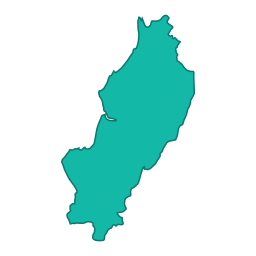 map outline of Manabi (Natural Earth projection)
{"feature_id": "ECU-1282", "entity_name": "Manabi", "entity_type": "Province", "adm_level": 1, "iso_a3": "ECU", "parent_name": "Ecuador", "parent_adm1": "", "projection": "natural_earth1", "projection_center": [-80.093, -0.733], "detail": "fine", "context": "isolated", "style": "filled", "palette": "teal", "viewbox_px": 256, "rotation_deg": 0, "n_neighbors": 0, "source": "natural_earth", "source_scale": "10m", "svg_char_len": 4814}
<svg xmlns="http://www.w3.org/2000/svg" viewBox="0 0 256 256"><path d="M70.3,223.9L68.8,219.5L67.6,217.7L67.2,216.4L67.0,214.9L67.4,213.7L70.5,211.2L70.1,208.8L70.1,205.9L70.9,205.1L72.0,204.0L73.0,203.6L74.5,203.7L74.9,202.3L74.8,200.9L75.0,198.9L75.5,197.2L75.1,194.8L75.4,193.4L77.0,192.5L76.8,190.0L74.2,185.8L69.0,178.6L64.7,169.9L62.9,164.7L61.7,161.8L62.3,159.7L63.4,158.4L64.6,157.2L65.7,155.8L66.4,154.8L67.1,153.8L68.2,152.4L69.3,151.0L69.5,150.1L70.5,149.6L71.7,150.1L73.0,150.1L74.2,149.2L75.3,148.7L76.7,149.0L77.7,148.5L78.8,148.1L78.6,149.0L80.2,149.9L81.5,150.0L82.6,148.9L83.2,148.6L83.9,147.6L84.8,147.3L85.7,148.7L86.4,148.9L88.1,149.1L90.2,148.2L92.1,146.2L94.1,143.8L95.4,137.4L95.7,135.5L96.9,128.9L98.5,123.9L100.5,119.2L101.6,116.3L102.0,115.7L102.8,115.1L104.0,114.9L105.1,114.4L105.3,117.1L106.5,119.1L108.9,120.3L111.2,120.7L115.9,120.8L115.9,119.6L113.5,118.8L110.8,118.1L109.0,118.1L107.8,117.0L106.8,114.2L105.7,111.8L104.5,111.2L103.8,110.1L103.7,107.7L102.8,104.9L102.5,101.9L101.2,98.7L99.6,96.5L98.6,92.2L99.5,90.8L101.3,90.6L104.2,88.0L106.9,83.2L107.8,81.4L108.0,80.0L108.8,77.8L109.6,76.1L111.5,75.4L112.6,73.3L113.8,71.1L115.4,72.7L117.3,71.6L119.4,69.8L121.8,67.7L127.1,61.1L131.2,54.9L132.7,52.8L133.3,50.8L133.5,49.5L133.9,49.1L134.5,48.9L136.4,48.2L137.7,44.4L138.4,41.0L138.9,35.6L138.8,33.2L138.1,28.8L137.9,21.2L138.7,18.5L138.8,17.6L139.0,17.2L139.9,17.7L140.3,18.2L140.7,19.0L141.1,20.5L141.7,20.5L141.9,19.2L142.2,18.4L144.5,24.6L145.6,26.5L146.2,26.8L146.8,27.0L147.5,27.1L148.0,27.1L148.4,27.0L148.7,26.9L149.3,26.4L149.6,26.0L150.0,25.6L150.3,25.2L150.5,24.9L150.8,24.0L151.3,22.8L151.5,21.7L151.6,21.4L151.7,21.2L151.9,21.1L152.1,21.0L152.4,21.0L155.4,21.1L156.8,21.1L158.5,20.7L159.6,20.2L160.1,19.9L161.1,19.1L162.9,16.8L163.4,16.4L163.9,16.0L164.9,15.5L165.6,15.4L166.1,15.4L166.6,15.6L167.0,15.8L167.9,16.6L168.6,17.5L168.8,17.8L168.9,18.0L168.9,18.4L168.9,18.6L168.8,18.8L167.9,19.9L167.5,20.5L167.4,20.8L167.3,21.1L167.2,21.5L167.2,21.9L167.3,22.3L167.5,22.6L167.7,23.0L168.0,23.4L172.1,26.2L172.5,26.6L172.7,26.9L172.7,27.2L172.7,27.4L172.6,27.6L172.4,28.0L171.9,28.6L171.3,29.1L170.8,29.6L170.4,30.3L170.0,31.1L168.3,33.8L168.2,34.1L168.4,34.5L168.7,34.9L169.6,35.9L170.1,36.2L170.5,36.3L170.8,36.1L171.0,36.0L171.4,35.8L171.6,35.7L172.1,35.6L172.3,35.8L172.5,36.2L172.6,37.9L172.8,38.5L173.1,38.8L173.4,38.7L173.7,38.6L174.3,38.0L174.9,37.8L175.2,37.9L175.6,38.2L176.2,39.0L177.9,40.8L178.6,41.2L179.1,41.3L179.7,41.4L180.0,41.5L180.2,41.8L180.1,42.0L177.8,44.9L177.6,45.3L177.5,45.7L177.4,46.4L177.3,46.9L177.2,47.1L177.1,47.3L176.9,47.5L176.5,47.6L176.3,47.7L176.2,47.9L176.0,48.2L175.8,48.5L175.7,48.9L175.7,49.2L175.7,49.6L176.0,50.5L176.1,50.8L176.0,51.7L176.2,52.2L177.7,54.9L177.0,55.8L176.8,56.5L176.7,57.6L177.0,59.7L177.4,60.8L178.2,61.5L178.8,61.7L179.3,62.0L180.1,62.8L181.2,63.6L181.9,64.3L184.1,67.5L186.4,69.9L187.0,70.3L190.1,71.3L190.7,71.5L192.1,71.3L192.7,71.4L193.5,71.7L193.9,72.6L193.7,74.3L194.3,92.5L194.0,94.0L193.4,95.5L190.6,100.5L190.5,102.8L190.3,103.6L189.3,106.6L187.9,108.7L186.7,113.5L186.0,115.6L184.0,120.1L182.9,123.7L182.7,124.3L181.8,125.0L180.9,125.2L180.1,125.8L179.2,127.0L178.5,128.7L177.3,135.7L175.6,139.9L169.9,141.0L168.5,141.5L167.5,142.1L166.6,143.0L163.2,148.5L162.8,149.6L162.5,150.9L162.0,151.8L160.7,152.8L160.2,153.4L160.1,154.2L160.2,155.0L160.1,155.7L159.9,156.5L159.4,157.4L158.7,158.5L157.6,160.0L156.1,162.7L155.1,164.1L150.6,168.3L149.3,169.1L147.7,169.6L146.9,169.4L146.2,169.2L144.8,169.3L144.4,169.1L144.2,168.6L144.4,167.7L144.5,167.0L144.2,166.8L143.6,167.1L142.8,168.2L142.2,169.7L141.6,172.0L140.8,174.1L140.1,177.2L138.4,182.7L137.6,184.0L134.2,187.2L132.2,188.1L131.3,189.0L130.7,190.5L130.5,192.5L130.8,194.9L130.7,195.5L130.2,195.9L128.2,196.6L126.9,197.6L126.3,197.8L125.9,198.1L125.3,198.9L124.9,200.1L124.5,202.8L124.5,203.9L124.7,205.2L125.1,206.3L126.1,208.0L126.1,208.7L125.7,209.6L122.7,211.9L117.3,212.8L117.3,213.5L117.7,214.3L118.7,215.6L119.8,216.7L120.6,217.2L121.6,217.4L122.1,217.6L122.3,218.0L122.2,218.5L122.2,219.3L122.3,220.3L123.2,223.2L122.8,224.3L121.5,224.7L118.1,224.4L116.9,225.1L116.4,225.8L115.9,226.0L115.3,225.6L114.7,225.0L114.0,224.6L113.3,224.9L112.6,225.6L111.8,227.4L111.2,228.0L110.0,228.5L109.1,229.1L108.1,230.0L107.4,230.9L106.9,232.1L106.3,233.2L105.5,234.2L104.8,235.3L104.6,236.5L104.6,237.3L104.5,238.1L104.3,238.8L104.2,239.5L103.8,240.0L103.1,240.3L100.5,240.6L96.9,240.5L95.0,240.0L93.6,239.2L92.9,238.1L92.7,237.2L92.8,236.2L93.0,235.3L93.2,234.4L94.3,232.6L94.4,232.0L94.8,229.0L94.7,228.1L94.3,227.3L93.1,226.0L93.0,225.4L93.0,224.7L93.2,223.8L92.7,222.9L91.5,222.1L88.9,221.7L87.3,221.7L84.2,223.0L82.5,223.3L76.2,223.0L75.0,223.4L74.4,223.5L72.7,223.3L70.3,223.9L70.3,223.9Z" fill="#14b8a6" stroke="#0f766e" stroke-width="1.5"/></svg>